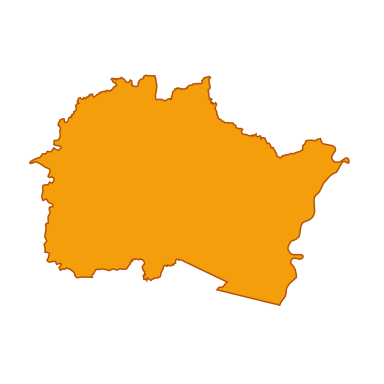 the district of La Victoria, Valle del Cauca, Colombia, rotated 175°
{"feature_id": "7082276B16171151514761", "entity_name": "La Victoria", "entity_type": "district", "adm_level": 2, "iso_a3": "COL", "parent_name": "Colombia", "parent_adm1": "Valle del Cauca", "projection": "mercator", "projection_center": [-75.953, 4.485], "detail": "fine", "context": "isolated", "style": "filled", "palette": "amber", "viewbox_px": 384, "rotation_deg": 175, "n_neighbors": 0, "source": "geoboundaries", "source_scale": "gbopen_adm2", "svg_char_len": 6077}
<svg xmlns="http://www.w3.org/2000/svg" viewBox="0 0 384 384"><g transform="rotate(175 192 192)"><path d="M349.6,234.4L345.1,235.8L341.2,233.7L336.0,229.4L332.3,227.7L331.6,226.4L331.7,224.2L333.8,220.9L334.0,219.9L332.9,219.1L329.7,219.1L328.3,217.5L328.6,215.2L330.6,213.0L333.0,214.3L334.8,211.7L338.7,211.9L339.9,211.3L340.3,210.3L340.3,206.7L342.1,200.4L341.5,197.0L340.9,196.5L338.9,197.5L337.7,197.6L335.8,194.1L332.6,192.4L331.6,190.8L332.3,189.3L334.4,189.5L335.4,189.0L335.8,186.8L335.1,183.6L337.5,180.2L337.9,173.9L338.2,173.2L339.5,173.5L340.7,172.5L340.5,168.2L342.7,160.0L341.5,158.1L341.1,156.0L341.7,154.7L343.6,153.3L343.9,152.6L343.2,149.3L343.7,144.8L340.2,144.1L339.4,143.1L341.0,138.7L342.3,136.8L342.2,136.0L340.4,134.5L336.2,135.0L334.4,134.7L333.8,134.1L333.2,131.7L329.6,132.3L328.7,132.0L328.6,130.7L331.1,128.3L329.9,125.5L327.7,126.5L325.2,126.1L323.7,127.3L322.4,126.4L320.7,126.1L316.2,121.9L315.8,118.7L314.3,116.8L312.4,116.6L308.7,117.0L307.3,116.4L305.4,116.6L298.9,115.7L298.6,115.8L299.1,116.7L298.9,118.0L297.3,118.9L294.8,122.9L293.7,122.8L292.6,123.5L290.7,122.8L287.6,123.3L281.4,120.9L277.5,122.3L273.3,120.7L270.6,121.9L268.6,121.2L264.9,120.9L263.2,121.6L261.3,124.5L259.9,125.5L259.3,126.8L259.6,127.5L258.3,128.5L257.7,128.2L257.9,129.2L257.0,130.3L256.2,129.5L254.9,130.2L254.1,129.8L253.6,130.4L250.9,129.0L249.2,129.9L248.3,129.1L247.2,129.0L245.4,126.0L245.7,124.4L247.9,122.2L248.0,120.4L247.1,117.6L246.1,116.8L246.4,114.8L245.7,114.4L246.3,113.1L246.9,113.4L247.2,112.9L247.7,113.1L248.0,112.3L247.6,111.8L247.6,109.2L245.9,109.0L245.3,108.4L244.8,109.1L244.6,108.2L243.9,110.0L243.5,110.1L243.0,109.3L240.3,107.5L239.4,108.5L237.1,109.1L236.5,109.8L233.8,109.3L230.9,110.6L229.9,114.1L227.7,117.7L226.4,121.1L225.3,121.3L223.7,120.1L223.2,120.4L222.7,121.5L221.6,120.5L220.8,120.8L219.6,120.3L218.6,120.5L217.8,121.6L216.7,120.9L215.9,122.3L214.6,122.6L214.4,124.8L213.4,126.3L211.9,126.3L211.1,125.2L210.0,126.0L164.7,99.2L166.2,98.4L169.5,94.7L173.5,94.6L175.7,92.4L114.5,71.6L113.2,74.2L108.4,79.7L107.5,81.7L106.4,87.1L105.5,89.1L102.5,92.6L95.5,97.7L95.3,100.4L95.9,105.3L97.2,108.7L99.8,112.3L99.4,115.1L98.6,116.2L96.6,117.2L94.2,116.9L90.4,115.6L88.3,116.2L87.0,117.6L87.1,118.9L88.2,120.0L96.3,120.7L98.4,121.6L99.6,122.7L101.4,126.8L101.0,129.1L99.9,131.3L97.6,134.2L92.5,135.8L89.3,138.1L88.4,140.4L86.7,147.7L85.1,151.0L83.4,152.2L77.3,154.1L74.0,156.5L72.4,159.3L71.5,162.3L71.2,172.2L70.7,175.7L69.0,177.9L65.1,181.0L60.3,189.1L53.1,196.0L50.2,197.8L46.1,199.3L39.6,208.7L37.5,209.2L33.9,207.0L33.4,207.3L32.9,208.8L33.3,211.3L34.6,212.4L36.4,212.3L41.3,209.4L43.3,208.9L46.6,209.3L48.3,210.5L49.6,212.4L49.9,214.2L48.9,216.5L45.6,220.6L45.3,221.7L45.7,223.7L46.2,224.6L48.2,225.9L57.5,228.7L58.5,230.2L59.4,234.0L62.4,233.6L64.3,232.4L69.4,233.3L73.5,233.3L74.3,232.6L75.3,230.0L77.4,228.7L78.0,226.3L77.9,224.7L78.3,224.1L79.8,223.7L81.2,222.9L85.5,222.2L87.2,221.2L89.8,221.8L93.6,220.5L95.0,221.1L97.3,220.1L98.5,220.5L99.0,219.4L99.9,219.3L100.5,218.2L101.7,218.4L103.0,219.7L104.5,220.4L104.5,223.1L105.4,224.3L105.7,225.9L107.1,228.1L107.1,229.1L109.5,229.2L109.5,230.7L110.2,232.9L111.5,234.1L112.9,233.7L114.8,239.5L117.3,240.1L117.9,239.9L118.3,238.8L118.8,238.8L118.7,241.6L119.5,242.0L121.4,241.3L123.2,242.0L123.1,244.3L126.2,242.2L126.1,243.3L126.5,243.6L128.0,242.9L130.2,243.1L133.1,244.6L136.2,245.1L137.1,246.5L137.5,248.5L136.2,249.6L136.4,250.1L137.5,251.0L140.6,251.2L142.2,252.2L142.7,252.9L142.7,254.6L144.5,255.3L144.7,256.7L146.1,257.5L148.4,257.2L149.9,257.9L153.1,258.1L154.4,259.6L156.0,259.8L157.0,261.7L159.3,262.8L159.6,265.3L160.5,266.9L160.3,269.7L161.8,273.2L160.0,277.0L160.1,277.9L160.7,278.9L162.4,277.9L163.8,279.2L164.2,279.2L164.0,278.2L164.7,278.6L164.4,279.5L165.4,279.5L165.5,280.0L165.4,281.1L164.3,282.5L166.0,283.0L165.3,283.4L166.3,284.1L167.1,285.9L166.7,287.3L167.0,292.3L165.5,293.1L164.6,295.5L165.4,296.8L165.0,298.7L165.5,300.8L165.2,303.0L163.6,304.3L164.6,305.6L170.3,304.5L171.1,303.0L172.5,302.1L172.4,299.9L173.9,299.0L176.4,299.6L178.0,299.3L178.7,299.7L181.9,299.3L182.4,298.5L186.0,298.4L186.6,297.3L188.4,296.4L188.3,295.7L190.6,295.2L192.2,295.5L193.2,295.2L193.5,295.8L194.2,295.5L195.6,296.6L196.7,296.2L197.2,297.0L198.9,296.1L199.8,296.2L200.2,295.0L202.1,293.8L204.4,287.4L204.4,286.0L205.2,286.0L205.9,287.0L208.4,286.5L209.8,285.4L211.1,285.2L214.5,287.0L219.6,287.2L220.1,288.7L220.0,291.5L217.9,299.4L217.8,302.4L218.4,304.8L218.2,308.1L218.9,309.9L218.7,310.9L225.8,311.6L227.7,312.4L230.0,311.4L230.5,309.7L231.6,309.0L233.3,308.7L235.0,307.2L235.9,305.7L236.5,302.4L237.5,301.9L241.2,302.5L242.5,303.3L242.1,304.4L242.5,305.1L242.3,307.8L243.7,308.9L245.4,306.7L247.2,306.9L248.2,307.5L249.8,310.4L251.9,311.5L252.0,312.3L253.5,311.8L253.7,311.2L256.6,311.3L257.1,310.5L257.5,311.4L258.8,310.9L259.1,311.7L259.7,311.5L261.7,312.3L262.6,311.3L261.7,310.3L260.8,308.1L259.0,307.5L257.8,304.8L261.2,303.0L262.1,301.3L263.7,300.8L263.9,300.0L266.4,300.0L266.9,300.6L269.2,300.2L269.6,299.3L270.7,299.9L273.3,299.6L274.1,299.0L274.7,299.1L275.4,298.4L275.8,298.8L276.2,297.8L278.3,297.3L279.5,296.1L281.7,295.1L282.7,297.3L283.1,297.4L282.7,298.0L284.3,298.3L285.7,297.8L285.8,296.5L286.9,296.6L287.7,295.3L288.9,295.7L289.2,294.9L290.2,294.2L291.5,295.5L292.2,294.3L293.0,294.2L294.1,294.4L294.9,295.6L296.6,295.3L297.2,294.5L297.5,292.6L298.4,292.5L297.9,290.9L297.2,290.1L298.5,290.0L300.1,288.6L300.4,286.8L299.9,284.9L300.6,283.3L302.9,282.2L302.7,280.7L305.0,279.3L304.9,278.2L306.1,277.9L305.8,276.8L306.7,277.2L308.0,276.7L309.7,273.0L311.5,272.2L312.8,272.7L313.1,276.1L314.0,276.2L317.1,275.3L319.5,270.9L319.6,270.1L318.0,268.8L317.4,266.7L318.5,264.1L318.2,261.3L318.9,257.9L319.9,256.3L321.2,255.3L324.7,255.3L325.5,251.5L325.1,250.9L319.2,249.1L318.6,248.1L318.7,247.2L321.2,245.4L322.0,245.4L323.9,246.3L325.7,248.0L328.9,244.4L329.7,244.3L332.4,245.1L333.0,244.7L334.1,242.8L337.6,243.0L340.2,239.8L345.3,238.7L350.4,236.3L351.1,235.2L350.6,234.6L349.6,234.4Z" fill="#f59e0b" stroke="#b45309" stroke-width="1.5"/></g></svg>